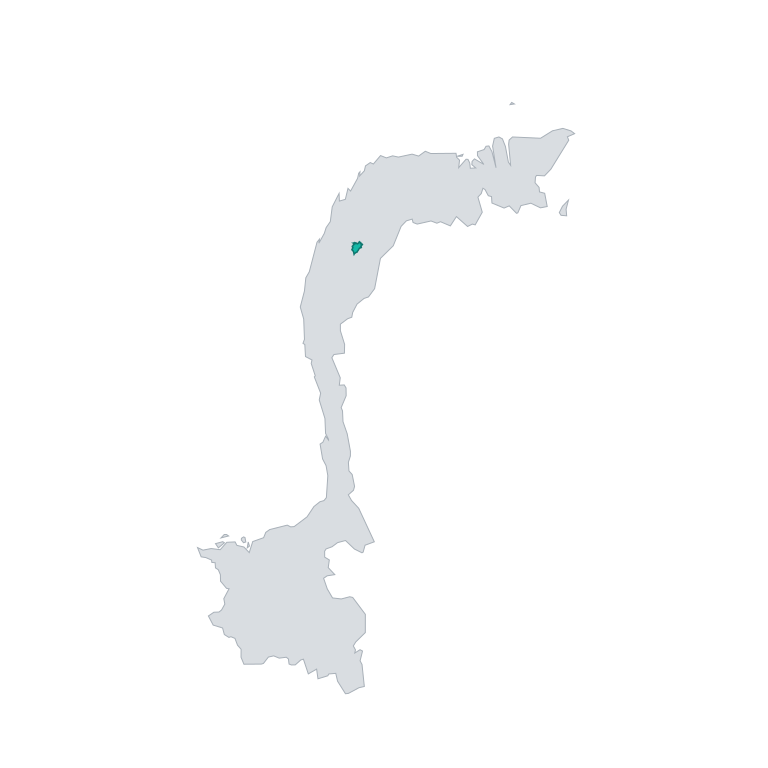 Phu Thien, Gia Lai, Vietnam shown in context, rotated 210°
{"feature_id": "81297802B15377501666570", "entity_name": "Phu Thien", "entity_type": "district", "adm_level": 2, "iso_a3": "VNM", "parent_name": "Vietnam", "parent_adm1": "Gia Lai", "projection": "robinson", "projection_center": [108.328, 13.506], "detail": "fine", "context": "in_parent", "style": "filled", "palette": "teal", "viewbox_px": 768, "rotation_deg": 210, "n_neighbors": 0, "source": "geoboundaries", "source_scale": "gbopen_adm2", "svg_char_len": 5795}
<svg xmlns="http://www.w3.org/2000/svg" viewBox="0 0 768 768"><g transform="rotate(210 384 384)"><path d="M463.7,149.1L457.7,149.6L451.4,155.1L443.0,158.6L441.0,168.3L434.0,172.8L430.7,170.7L423.8,172.8L416.4,170.6L418.9,181.9L411.4,190.7L412.2,196.4L410.2,200.8L397.2,213.4L393.4,213.6L390.5,215.6L384.2,230.5L383.4,242.9L380.6,250.0L377.7,253.0L377.1,256.8L386.8,276.5L393.3,284.3L399.7,288.4L409.3,300.0L407.8,303.1L408.5,309.6L404.0,307.7L404.5,308.5L409.9,312.0L417.9,324.6L432.1,337.8L434.3,344.4L447.9,355.3L447.6,356.7L457.3,365.4L458.4,368.8L465.7,368.5L472.3,378.6L474.5,378.7L475.2,382.9L486.0,400.1L495.0,408.8L499.4,424.8L504.8,436.9L504.8,443.8L512.9,473.3L512.3,477.2L510.8,473.4L511.0,484.6L512.3,490.5L511.7,497.8L517.4,511.5L518.2,526.6L514.1,520.1L509.8,524.6L513.0,535.4L509.4,534.4L509.7,548.9L511.3,553.9L510.9,555.8L509.1,552.0L507.6,558.9L509.1,563.6L506.6,568.9L503.2,569.2L501.2,580.1L495.0,581.0L490.6,585.9L485.0,587.7L474.6,597.1L468.0,598.7L464.6,606.2L458.7,607.0L437.0,619.8L434.5,616.7L430.5,615.6L427.5,608.7L425.3,619.7L423.6,620.5L420.3,618.3L417.1,614.0L412.6,617.0L417.6,617.9L419.0,620.8L418.2,624.2L407.3,624.1L417.2,628.5L419.2,631.8L414.5,637.1L414.5,640.9L412.2,642.6L406.7,639.2L395.1,627.3L408.9,644.3L411.3,651.9L408.0,655.4L404.0,655.5L397.6,650.4L387.2,638.3L383.7,636.7L395.9,653.9L397.6,657.8L396.2,662.2L371.3,675.1L364.7,687.5L356.9,694.8L348.6,696.7L344.1,696.1L348.8,689.8L345.9,687.5L346.9,653.4L349.1,644.5L356.2,640.9L356.3,639.0L353.8,633.8L348.0,631.8L345.4,628.1L340.2,629.5L331.4,619.3L336.6,614.8L347.2,614.0L354.6,607.0L353.7,599.1L354.6,598.1L364.6,600.9L368.0,596.4L381.0,594.7L384.6,600.1L387.8,599.2L393.7,602.9L396.2,603.0L395.0,597.6L396.1,592.8L384.8,581.9L384.6,567.4L387.4,566.7L390.4,562.2L405.0,565.2L405.6,554.1L416.2,552.8L418.6,549.7L424.8,548.7L435.2,539.1L439.6,538.4L442.0,540.9L446.2,536.5L448.0,529.1L445.1,508.3L449.9,491.0L439.8,461.9L441.0,451.6L444.1,448.1L447.3,439.7L446.9,430.3L445.3,425.7L448.1,422.4L451.7,414.0L448.4,408.3L437.9,398.6L433.7,390.9L442.1,384.5L442.3,380.7L425.0,367.5L422.1,360.6L418.0,363.3L414.9,361.6L410.9,354.9L409.3,342.1L406.5,340.0L400.7,330.9L391.0,322.5L379.4,308.9L377.1,304.8L375.7,298.4L370.9,291.2L366.3,289.7L358.3,280.6L357.3,276.7L359.5,270.2L353.9,266.9L343.7,263.7L313.5,242.5L319.8,234.9L318.0,228.0L318.7,226.8L327.1,226.3L339.1,229.2L344.9,223.4L347.6,217.1L351.7,212.2L351.8,209.5L348.8,204.4L343.4,204.3L340.5,197.1L331.3,194.3L337.3,189.5L339.2,185.6L330.7,178.2L321.6,173.0L313.5,176.5L307.3,182.6L304.4,183.5L285.0,175.2L275.9,159.4L279.5,146.5L279.6,141.8L275.8,139.5L274.8,136.4L271.9,141.9L269.1,142.0L266.3,132.3L262.8,130.1L249.8,112.2L253.8,108.5L260.1,98.3L262.5,96.5L275.6,103.4L281.1,109.3L286.8,105.3L286.8,103.2L293.8,95.7L299.8,103.4L304.6,95.1L316.2,105.4L318.1,103.4L320.4,96.4L323.7,94.4L326.2,94.0L329.3,98.1L332.0,98.5L337.7,94.2L343.6,93.4L347.6,89.7L348.7,81.7L350.2,80.1L365.2,71.3L371.2,75.9L375.1,82.8L380.3,84.6L385.9,89.2L390.2,88.6L391.6,87.0L397.0,87.2L401.8,92.0L411.4,89.8L420.1,95.3L417.2,101.3L412.9,104.0L411.7,107.0L411.8,113.8L415.4,118.0L415.8,129.2L418.2,128.3L427.0,131.5L430.3,137.0L434.6,140.3L438.0,140.5L440.9,144.8L443.9,143.4L445.3,145.3L451.5,144.6L455.9,142.9L463.7,149.1ZM317.9,620.1L318.3,627.2L316.2,635.5L313.7,626.4L309.9,621.0L315.0,618.6L317.9,620.1ZM450.1,161.5L444.8,166.8L442.8,166.7L445.5,159.3L450.1,161.5ZM429.1,181.4L427.6,181.5L424.7,178.1L426.3,176.3L429.6,177.6L430.3,179.1L429.1,181.4ZM447.1,173.8L445.1,174.9L442.6,174.7L448.2,169.2L447.1,173.8ZM420.5,173.7L422.6,179.3L419.5,176.4L420.5,173.7ZM434.5,617.8L430.4,622.4L430.2,620.3L434.5,617.8ZM414.2,691.7L411.1,691.7L414.5,689.0L414.2,691.7Z" fill="#d9dde1" stroke="#a8b0b8" stroke-width="1"/><path d="M480.5,490.9L480.8,490.7L480.7,490.7L480.5,490.8L480.4,490.8L480.4,490.7L480.3,490.4L480.3,490.2L480.2,490.2L480.1,490.3L479.9,490.1L479.9,489.9L480.0,489.8L480.0,489.7L479.9,489.5L479.9,489.4L480.0,489.4L480.0,489.2L479.9,489.2L480.0,488.4L480.1,488.2L480.2,487.9L480.3,487.6L480.3,487.3L480.1,487.1L479.9,487.0L479.5,486.8L479.4,486.8L479.2,486.7L479.2,486.4L479.2,486.2L479.2,485.8L479.2,485.7L478.9,485.5L478.9,485.4L478.9,484.8L479.0,484.3L478.9,484.2L478.7,484.2L478.2,484.0L478.1,483.9L477.9,483.8L477.7,483.8L477.2,483.8L477.0,483.7L476.8,483.5L476.6,483.4L476.3,483.1L475.8,482.5L475.4,482.3L475.4,482.2L475.2,482.1L475.2,481.9L475.1,481.7L474.8,481.4L474.8,481.8L474.8,482.3L474.5,482.7L474.4,483.0L474.3,483.4L474.0,483.8L473.9,484.0L473.4,484.8L473.2,485.0L473.3,485.2L473.3,485.4L473.4,485.7L473.4,485.8L473.3,486.2L473.2,486.9L473.2,487.8L473.2,488.4L473.2,488.7L473.2,489.0L473.1,489.5L472.6,490.0L472.4,490.1L472.2,490.3L472.1,490.5L472.3,490.6L472.5,490.6L472.6,490.8L472.6,491.0L472.7,491.3L472.8,491.4L472.8,491.6L472.8,491.8L472.7,491.8L472.8,491.9L472.8,492.0L472.8,492.3L472.8,492.5L472.9,492.8L472.9,493.0L472.7,493.2L472.4,493.2L472.2,493.2L472.3,493.2L472.3,493.3L472.3,493.5L472.4,494.0L472.5,494.0L472.6,493.9L472.8,493.9L473.0,493.9L473.3,493.8L473.5,493.9L473.5,494.0L473.7,493.9L473.8,494.0L473.9,493.9L474.0,493.9L474.1,494.0L474.1,493.9L474.3,493.8L474.6,494.0L474.9,494.2L475.0,494.3L475.2,494.5L475.3,494.7L475.5,494.7L475.8,494.8L476.1,494.9L476.1,494.7L476.3,494.5L476.3,494.4L476.5,494.4L476.5,494.2L476.4,493.8L476.5,493.7L476.5,493.4L476.5,493.2L476.6,492.9L476.8,492.8L476.8,492.7L477.0,492.4L477.0,492.2L477.3,492.0L477.5,492.0L477.8,492.1L478.0,492.1L478.3,492.2L478.5,491.9L478.8,491.9L478.8,492.0L479.0,492.0L479.1,491.9L479.3,491.9L479.3,491.7L479.4,491.8L479.5,491.8L479.5,491.7L479.6,491.8L479.8,491.8L480.0,491.8L480.0,491.7L480.1,491.4L480.3,491.3L480.2,491.2L480.3,491.0L480.3,490.9L480.4,491.0L480.5,491.0L480.5,490.9L480.5,490.9Z" fill="#14b8a6" stroke="#0f766e" stroke-width="1.5"/></g></svg>